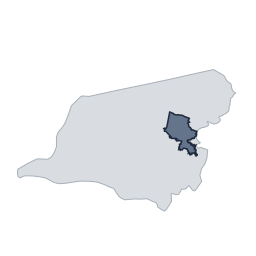 Homs, Homs (Hims), Syria (highlighted), rotated 201°
{"feature_id": "27442178B91557549439519", "entity_name": "Homs", "entity_type": "district", "adm_level": 2, "iso_a3": "SYR", "parent_name": "Syria", "parent_adm1": "Homs (Hims)", "projection": "orthographic", "projection_center": [36.55, 34.443], "detail": "fine", "context": "in_parent", "style": "filled", "palette": "slate", "viewbox_px": 256, "rotation_deg": 201, "n_neighbors": 0, "source": "geoboundaries", "source_scale": "gbopen_adm2", "svg_char_len": 6492}
<svg xmlns="http://www.w3.org/2000/svg" viewBox="0 0 256 256"><g transform="rotate(201 128 128)"><path d="M43.7,93.0L45.7,93.2L50.0,95.9L50.7,95.8L52.1,92.3L53.3,91.2L56.0,90.1L56.8,84.5L58.0,83.5L59.5,82.9L61.8,82.8L63.8,82.5L63.9,81.5L61.1,75.0L61.4,73.4L62.7,66.9L63.6,64.3L64.4,63.5L67.5,63.8L72.0,64.9L73.1,66.8L75.3,68.4L78.6,68.3L82.3,68.6L85.2,68.7L87.6,67.5L92.8,65.3L95.4,64.5L97.8,63.5L105.3,59.8L108.4,60.0L110.5,60.5L112.1,61.0L115.7,63.4L118.7,65.8L120.8,66.5L124.6,66.3L130.0,66.7L136.6,66.5L140.5,65.7L145.4,64.3L154.1,61.1L165.4,54.6L172.1,51.4L175.0,50.9L178.8,50.7L182.6,51.3L187.0,51.7L188.9,51.5L193.6,50.7L199.6,49.1L203.3,47.9L207.8,46.0L210.5,43.1L211.4,42.8L212.6,43.2L213.2,43.4L214.4,44.9L215.9,48.8L215.9,49.3L215.8,50.4L213.0,53.9L209.2,58.7L206.4,61.7L201.7,66.7L198.1,67.9L191.9,70.0L190.3,71.7L188.9,74.5L188.2,78.2L188.0,80.5L188.1,84.9L189.8,89.3L191.4,93.5L191.7,96.4L191.7,99.2L190.5,102.2L189.2,106.4L188.5,111.1L188.5,119.8L188.8,127.2L188.8,128.4L186.4,133.8L183.6,140.0L182.2,141.5L175.5,143.6L168.3,148.4L160.2,153.7L152.9,158.5L145.1,163.5L137.0,168.7L131.2,172.4L123.5,177.3L116.4,182.0L109.1,186.7L103.6,190.3L95.3,195.9L90.3,199.2L83.1,204.0L76.7,208.2L69.1,213.2L59.5,211.7L56.5,210.9L54.0,208.5L52.2,207.3L47.7,206.0L44.8,201.5L43.1,199.9L40.1,199.2L41.4,196.4L41.6,194.5L42.9,192.2L42.1,190.7L41.8,187.5L41.2,186.8L41.0,185.9L41.4,184.9L41.3,183.8L40.8,183.4L40.5,181.8L40.1,180.6L40.3,179.2L41.0,178.3L41.7,176.5L42.5,176.0L43.8,174.8L44.1,173.7L45.3,172.5L46.8,171.6L47.1,170.9L46.9,170.4L45.4,169.6L44.6,168.1L45.3,165.9L45.8,165.3L46.7,164.2L48.8,162.6L50.4,162.4L51.8,162.4L54.1,162.5L55.9,162.8L56.3,162.4L56.3,161.9L54.1,160.6L53.9,159.5L54.5,158.4L56.1,156.7L58.0,155.4L58.9,155.1L61.1,152.6L62.4,149.7L60.2,142.6L58.9,141.5L56.7,140.5L55.4,140.4L55.3,139.9L57.0,138.1L58.3,136.6L56.9,135.1L54.5,134.4L53.6,135.9L50.5,136.0L45.7,136.0L43.6,128.5L43.4,125.3L43.4,121.6L44.9,116.1L44.3,113.6L44.2,111.9L43.9,109.5L40.1,104.5L42.3,95.2L43.7,93.0Z" fill="#d9dde1" stroke="#a8b0b8" stroke-width="1"/><path d="M90.9,157.9L91.4,157.7L93.1,157.9L94.8,157.8L93.3,149.5L92.2,143.0L92.3,142.6L92.3,142.0L92.4,141.6L92.4,141.0L93.6,141.0L93.9,140.9L94.4,140.3L93.9,140.0L93.3,139.8L93.2,139.6L93.1,139.1L93.1,138.6L93.0,138.3L92.6,138.1L92.1,138.2L91.5,138.5L87.4,136.4L85.9,135.8L84.8,135.5L84.7,135.3L84.8,135.0L85.0,134.9L85.3,134.9L85.5,134.9L85.9,135.2L86.1,135.2L86.3,134.9L85.6,133.9L85.3,134.0L84.7,134.1L84.3,134.0L84.0,133.9L83.8,133.9L83.7,134.0L83.4,134.2L83.0,134.0L82.9,134.1L81.8,134.6L81.4,134.8L80.8,134.9L80.2,134.7L80.0,135.0L79.9,135.2L80.0,135.3L79.8,135.5L79.2,135.5L78.8,135.5L78.7,135.4L78.4,135.2L78.8,134.7L79.0,134.3L79.0,134.1L78.7,133.7L78.4,133.6L78.1,133.4L77.9,133.8L77.3,134.0L76.9,133.8L76.6,134.0L76.5,134.6L76.3,134.7L76.2,134.6L75.5,134.6L75.1,134.6L74.6,134.8L74.0,134.9L73.7,135.0L73.2,134.9L73.1,134.5L73.2,134.3L73.2,134.1L73.1,133.7L73.2,133.4L73.2,132.7L72.8,132.1L73.0,131.9L74.1,131.3L74.0,131.0L73.7,130.4L73.3,130.0L73.3,129.8L73.4,129.5L73.2,129.4L73.1,129.0L73.3,128.7L73.3,128.2L73.6,128.1L73.4,127.8L73.0,127.5L73.1,126.6L73.0,126.1L72.8,126.3L72.8,126.5L72.2,126.8L71.8,127.0L71.5,126.5L71.4,126.1L71.2,125.9L71.1,126.0L71.1,126.4L71.0,126.7L70.4,126.8L69.5,127.0L69.4,127.1L69.6,127.5L69.4,127.9L69.0,128.9L68.8,129.2L66.6,129.4L66.3,129.3L65.5,129.8L65.2,129.6L65.3,129.3L65.2,129.1L65.0,128.9L64.1,128.6L63.9,128.3L63.6,127.9L63.6,127.7L63.4,127.7L63.1,127.3L62.9,127.1L62.7,127.0L62.6,126.7L62.6,126.2L62.5,126.3L62.1,126.3L62.2,126.6L62.1,127.0L61.7,127.2L61.5,126.6L61.3,126.5L61.2,126.2L60.6,126.2L60.7,125.9L61.1,125.6L61.0,125.4L60.9,125.3L60.8,125.2L60.3,125.2L60.3,125.3L60.1,125.4L59.8,125.6L59.7,125.7L59.8,125.9L59.7,126.0L59.3,126.3L59.0,126.3L59.0,126.7L59.1,127.0L59.2,127.6L58.8,127.7L58.6,127.8L58.4,127.9L58.1,128.0L58.1,127.9L57.9,128.0L57.7,128.1L57.6,128.3L57.3,128.4L57.2,128.4L56.9,128.5L56.9,128.1L56.4,127.8L56.3,128.0L56.2,128.2L56.1,128.4L55.8,128.4L55.7,128.2L55.7,127.8L55.5,127.5L55.5,127.4L55.4,127.3L55.3,127.5L55.2,127.4L55.3,127.2L55.2,127.2L54.9,127.0L54.8,126.8L54.6,126.7L54.6,126.4L54.2,126.5L54.2,127.1L53.7,127.5L53.7,127.9L53.8,128.0L54.3,128.2L54.5,128.2L54.8,127.9L54.9,127.7L55.3,127.6L55.4,127.9L55.0,128.2L55.3,128.3L55.4,128.6L55.4,128.8L55.5,128.8L55.8,129.0L56.3,128.8L56.6,128.8L56.3,129.1L56.2,129.3L56.1,129.7L56.3,129.8L56.5,129.9L56.7,130.2L56.5,130.5L56.8,130.8L56.4,131.2L56.4,131.4L56.5,131.5L56.8,131.4L57.0,132.2L57.2,132.5L57.3,132.5L57.5,132.4L57.7,132.0L58.2,132.0L58.3,132.0L58.3,132.4L58.3,132.6L58.6,132.5L58.7,133.4L59.2,133.5L59.2,133.9L58.8,134.0L58.7,134.2L58.4,134.5L58.6,135.2L58.6,136.1L58.8,135.9L58.9,135.6L59.0,135.5L59.4,135.6L59.6,135.9L59.8,135.9L59.7,135.7L59.8,135.6L60.0,135.7L60.2,136.0L60.3,136.1L60.4,135.9L60.3,135.7L60.5,135.5L60.3,135.3L60.5,135.2L60.6,135.4L60.7,135.2L60.4,135.0L60.4,134.9L60.3,134.7L60.5,134.7L60.3,134.5L60.5,134.6L60.6,134.8L60.8,134.7L60.8,134.8L60.7,135.0L60.8,135.1L61.1,134.9L61.1,135.0L61.1,135.3L61.3,135.5L61.4,135.4L61.6,135.2L61.8,135.2L62.0,135.1L62.5,134.9L62.8,134.8L63.0,134.8L63.1,134.7L63.3,134.8L63.4,135.0L63.4,135.3L63.2,135.5L62.8,135.6L62.7,135.8L62.7,136.2L62.9,136.3L63.0,136.2L63.3,136.1L63.5,136.1L63.6,136.3L63.9,136.4L64.1,136.4L64.2,136.1L64.5,136.3L64.8,136.8L65.0,137.0L65.2,136.9L65.3,136.8L65.5,136.1L65.6,135.9L66.0,136.0L66.6,136.1L67.0,136.3L67.1,136.7L67.7,136.8L67.7,137.0L67.9,137.1L68.0,138.0L67.9,138.0L66.9,138.0L66.9,138.5L66.4,139.0L65.7,139.2L65.3,139.4L65.3,140.0L65.3,140.3L65.1,140.4L64.8,140.9L64.7,141.0L64.6,140.8L64.5,141.0L64.4,141.0L64.2,141.3L64.0,141.2L63.9,141.2L63.8,141.3L64.0,141.5L63.9,141.7L63.5,141.5L63.4,141.5L63.1,141.7L62.9,142.1L62.5,142.2L62.5,142.6L62.4,142.7L62.4,143.7L62.1,144.1L61.8,144.3L61.7,144.9L61.6,145.1L61.4,145.4L61.5,145.6L61.8,146.0L61.8,146.3L61.8,146.5L62.1,146.5L62.3,146.6L62.6,146.6L62.8,146.7L62.9,146.9L62.9,147.1L62.7,147.3L62.2,147.8L62.5,148.6L62.5,149.3L62.5,149.5L62.9,149.6L64.6,149.2L65.5,149.5L66.3,149.4L67.0,149.4L67.3,149.2L67.9,149.0L68.2,149.0L68.2,149.5L68.9,149.6L69.0,149.7L69.1,150.2L69.7,150.5L69.9,150.8L70.1,150.8L70.4,150.8L70.6,150.8L71.2,150.8L71.8,151.5L72.4,152.6L73.0,153.2L74.1,154.0L73.5,154.7L72.6,155.4L73.1,155.7L73.5,155.9L73.8,156.3L74.5,156.3L74.2,158.4L74.2,159.0L79.2,159.0L82.1,159.3L84.9,158.4L85.7,158.5L86.5,158.0L87.3,157.6L89.2,157.3L90.0,157.4L90.3,157.4L90.6,157.5L90.8,157.8L90.9,157.9Z" fill="#64748b" stroke="#1e293b" stroke-width="1.5"/></g></svg>